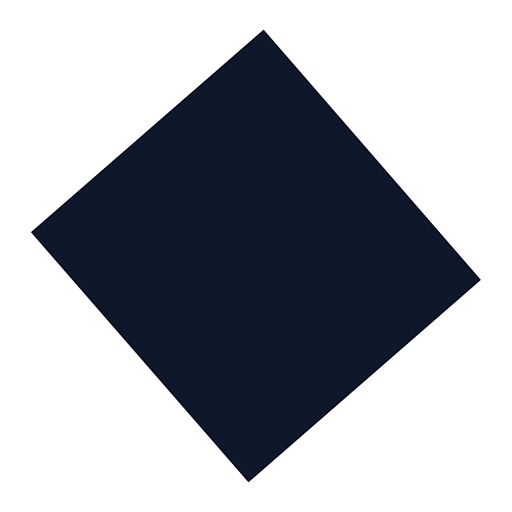 outline of Fillmore, Nebraska, United States of America, rotated 229°
{"feature_id": "52423323B66815680404806", "entity_name": "Fillmore", "entity_type": "district", "adm_level": 2, "iso_a3": "USA", "parent_name": "United States of America", "parent_adm1": "Nebraska", "projection": "robinson", "projection_center": [-97.672, 40.525], "detail": "fine", "context": "isolated", "style": "filled", "palette": "ink", "viewbox_px": 512, "rotation_deg": 229, "n_neighbors": 0, "source": "geoboundaries", "source_scale": "gbopen_adm2", "svg_char_len": 239}
<svg xmlns="http://www.w3.org/2000/svg" viewBox="0 0 512 512"><g transform="rotate(229 256 256)"><path d="M90.9,102.6L91.2,409.3L93.6,409.3L421.1,409.5L420.9,102.5L90.9,102.6Z" fill="#0f172a" stroke="#020617" stroke-width="1.5"/></g></svg>